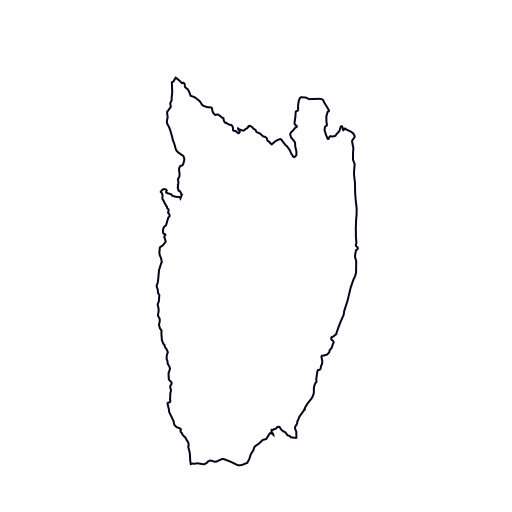 the district of Valle De San Juan, Tolima, Colombia, rotated 342°
{"feature_id": "7082276B19583414449803", "entity_name": "Valle De San Juan", "entity_type": "district", "adm_level": 2, "iso_a3": "COL", "parent_name": "Colombia", "parent_adm1": "Tolima", "projection": "equal_earth", "projection_center": [-75.172, 4.189], "detail": "fine", "context": "isolated", "style": "outline", "palette": "ink", "viewbox_px": 512, "rotation_deg": 342, "n_neighbors": 0, "source": "geoboundaries", "source_scale": "gbopen_adm2", "svg_char_len": 6133}
<svg xmlns="http://www.w3.org/2000/svg" viewBox="0 0 512 512"><g transform="rotate(342 256 256)"><path d="M129.7,433.8L131.4,433.8L133.5,434.6L136.2,435.0L141.2,437.6L142.7,438.1L145.6,437.4L146.9,436.6L148.9,436.3L150.1,436.8L153.2,438.9L154.7,439.3L160.6,438.6L161.6,438.8L162.5,439.1L168.5,444.0L174.0,449.3L175.9,450.1L178.4,450.4L183.8,450.0L186.9,447.0L190.0,442.7L193.5,439.9L195.0,437.7L196.2,436.7L201.1,435.2L205.6,433.0L208.6,433.2L209.7,432.9L213.3,429.7L214.7,428.8L215.7,429.1L217.2,431.4L217.3,430.6L216.8,429.3L216.5,427.6L217.1,426.2L217.4,426.1L218.8,426.7L219.4,426.3L221.6,426.4L223.6,425.1L225.5,425.8L226.2,428.5L227.2,430.4L227.8,431.3L228.7,431.9L229.6,433.2L230.5,436.0L231.0,436.7L231.9,437.1L232.7,437.9L233.0,439.1L237.8,441.4L238.3,441.3L240.0,435.5L239.8,432.4L240.3,430.7L243.3,428.1L244.2,426.1L245.3,425.1L247.4,422.4L254.0,417.5L254.1,417.1L254.5,416.8L254.9,417.1L255.9,415.3L256.7,414.5L257.8,413.7L259.0,412.5L264.6,408.8L266.0,407.6L267.6,405.7L268.5,404.4L269.2,402.8L269.9,400.3L271.3,397.5L273.3,395.1L274.3,394.7L274.7,394.2L275.2,391.8L278.6,384.9L279.7,383.6L281.3,383.9L282.6,383.2L284.0,380.5L285.2,379.5L286.5,376.7L287.1,371.9L288.0,371.2L289.4,371.6L293.1,371.7L295.5,370.5L296.2,369.8L296.9,368.4L299.5,366.8L302.3,363.0L302.8,362.7L303.2,362.1L303.2,361.1L302.9,360.3L302.3,359.5L301.9,358.2L302.2,357.2L303.0,356.5L304.9,356.4L308.3,355.0L309.0,353.7L315.4,345.5L321.2,339.0L323.0,335.4L329.2,326.9L336.2,315.4L341.4,308.5L343.6,306.3L346.0,302.8L349.6,292.2L349.8,291.0L349.8,288.0L350.4,286.0L352.6,281.9L353.2,281.3L354.6,280.9L355.3,280.2L355.3,279.2L354.3,277.7L354.3,276.3L355.5,274.7L356.9,268.8L359.7,259.9L362.6,252.0L364.5,247.6L366.5,241.6L368.2,233.1L369.7,226.9L372.7,217.1L374.4,208.8L375.2,206.4L378.2,199.2L378.0,194.4L379.9,188.6L382.0,183.3L382.6,177.7L382.9,176.3L383.3,175.8L386.3,173.5L386.8,172.8L386.8,171.4L386.1,169.0L384.6,167.0L381.3,163.9L380.2,162.3L379.6,162.2L378.2,163.4L377.9,163.4L377.8,162.8L378.0,159.8L377.9,159.3L377.6,159.0L376.5,159.2L374.1,162.7L373.2,163.4L370.0,165.1L368.9,166.1L368.1,166.3L365.3,165.9L363.7,165.0L362.6,165.5L361.1,167.1L360.4,166.8L360.0,162.3L360.1,157.3L361.7,154.3L363.6,153.8L363.9,153.5L364.7,149.3L366.0,145.1L368.6,141.1L370.0,140.8L370.3,140.4L369.9,137.6L368.4,131.7L368.0,128.4L367.5,127.6L365.5,126.3L355.0,123.2L352.3,120.7L347.9,118.9L347.0,119.1L345.3,120.7L344.4,122.0L342.2,126.7L341.3,129.9L340.5,130.7L338.7,130.8L338.3,131.2L336.5,135.7L333.8,141.2L333.6,142.6L334.1,143.8L334.9,144.9L334.8,145.7L332.7,146.3L329.8,148.2L327.5,149.2L326.3,150.5L326.0,151.6L326.0,154.1L328.0,159.2L328.1,160.6L327.2,163.8L326.7,169.1L325.8,172.0L325.4,172.7L324.0,173.5L322.7,173.7L321.9,172.5L321.6,170.7L321.2,169.8L320.8,165.6L319.3,161.0L318.4,159.8L316.0,153.0L315.5,152.4L314.5,152.2L311.5,152.5L309.2,153.1L305.5,154.7L304.8,153.7L304.0,152.0L304.0,151.4L303.2,150.9L302.6,149.7L302.6,147.2L302.3,146.6L301.3,145.4L299.8,144.5L297.6,140.7L295.0,138.4L294.7,137.8L294.5,135.9L292.9,134.2L292.5,132.8L292.0,132.0L290.3,130.2L289.3,130.2L288.7,130.9L288.1,130.8L287.7,131.4L287.0,131.8L285.6,131.9L283.4,132.9L282.7,132.9L279.0,130.3L278.4,129.2L278.2,129.5L278.3,130.2L278.9,131.4L278.9,133.0L277.8,133.8L277.2,133.8L276.5,132.9L276.1,132.0L275.6,131.7L275.3,130.9L273.9,130.2L273.0,129.3L273.7,127.0L273.7,125.3L273.5,124.7L272.8,123.6L271.0,122.9L270.5,121.9L269.5,121.2L268.7,120.0L268.0,120.0L267.2,117.9L267.6,114.8L266.7,114.2L264.4,110.6L263.7,109.9L262.8,109.4L260.9,109.3L260.3,108.5L259.6,106.8L259.3,104.7L259.8,102.3L259.7,101.6L259.5,101.0L255.3,99.2L251.8,96.3L251.4,95.5L250.6,92.1L249.6,90.2L246.7,86.0L243.3,83.4L243.2,79.6L242.7,76.6L240.9,73.7L240.7,73.1L241.3,70.7L240.9,69.3L240.5,68.8L238.9,68.7L237.6,65.9L234.8,61.6L234.2,62.0L231.5,64.5L229.7,64.7L227.0,74.1L226.0,76.7L225.4,77.6L223.8,82.0L221.6,84.2L221.1,87.6L220.7,88.2L219.3,89.0L218.5,89.8L216.0,91.4L215.5,93.3L214.8,97.0L213.3,99.3L212.7,100.9L212.4,102.8L213.1,106.2L213.3,109.4L213.1,116.6L212.7,120.2L213.0,123.3L212.7,129.9L213.1,131.7L214.1,133.6L217.7,138.3L217.9,139.3L217.8,141.8L215.9,145.1L214.4,146.8L213.7,147.1L211.8,147.0L210.4,148.3L209.5,149.9L208.7,154.2L208.1,155.9L207.3,157.3L205.5,158.7L205.2,159.9L205.2,161.2L204.3,163.6L203.6,164.2L203.4,165.9L202.6,166.8L202.8,168.3L202.4,169.4L202.6,170.1L203.4,170.4L204.0,172.2L204.1,173.7L204.6,174.8L203.5,175.7L203.1,176.6L201.9,177.9L201.8,176.9L201.2,176.1L198.6,175.2L195.7,173.4L194.9,172.6L194.3,171.0L191.2,168.9L190.3,168.0L190.2,167.6L190.4,167.1L191.4,166.1L190.7,164.7L189.4,164.0L188.0,163.9L186.6,164.5L185.2,165.6L185.9,167.2L185.9,169.1L185.7,170.0L184.8,172.1L184.7,173.2L185.4,176.0L185.4,177.7L185.9,178.8L185.9,180.3L186.6,181.6L186.3,182.9L187.1,184.7L187.1,185.3L186.7,186.2L185.7,187.6L186.4,189.4L186.3,191.2L185.9,191.7L184.4,192.4L180.0,198.9L177.5,200.0L176.4,201.1L175.4,202.9L174.9,204.9L174.9,205.8L175.0,206.3L176.2,207.1L176.4,207.6L176.2,208.1L174.9,209.0L174.6,209.8L174.7,213.9L174.4,214.5L171.8,216.4L170.0,217.3L167.6,217.9L166.8,218.8L166.1,220.9L165.3,222.3L165.0,223.6L164.7,225.7L165.0,228.1L164.9,229.9L164.5,232.8L163.5,233.7L159.4,239.5L155.4,248.8L154.4,250.8L152.3,253.6L152.1,254.5L152.2,257.5L151.5,260.3L151.5,261.4L152.0,263.2L149.6,269.1L147.8,271.2L147.4,272.1L147.1,275.9L146.4,278.2L144.3,282.3L145.0,285.9L144.3,288.3L142.4,291.5L142.3,295.3L143.1,297.8L142.0,300.7L140.5,307.0L140.7,310.7L141.5,312.4L141.2,314.1L142.1,316.9L142.3,318.6L142.4,320.4L140.7,322.4L139.2,326.1L139.3,328.9L138.8,330.5L138.9,331.9L139.5,334.7L139.4,336.5L137.7,339.1L136.6,340.4L135.1,345.8L135.2,347.2L136.5,349.9L136.6,350.7L135.9,351.8L134.4,353.0L134.1,353.5L133.7,355.0L133.8,356.6L133.6,357.6L132.1,360.1L129.9,365.9L129.7,367.6L129.1,368.3L126.5,368.5L126.2,369.2L125.7,375.7L125.2,377.3L126.6,387.9L126.2,389.9L126.2,391.5L127.6,394.2L130.0,396.1L130.9,397.2L130.9,398.0L130.3,398.6L130.0,399.8L130.3,400.6L130.7,401.3L131.0,403.6L132.8,407.1L133.2,409.7L133.9,412.0L133.9,412.9L133.6,414.7L133.3,415.6L132.6,416.2L132.3,421.5L131.9,424.1L130.2,430.2L129.7,433.8Z" fill="none" stroke="#020617" stroke-width="2"/></g></svg>